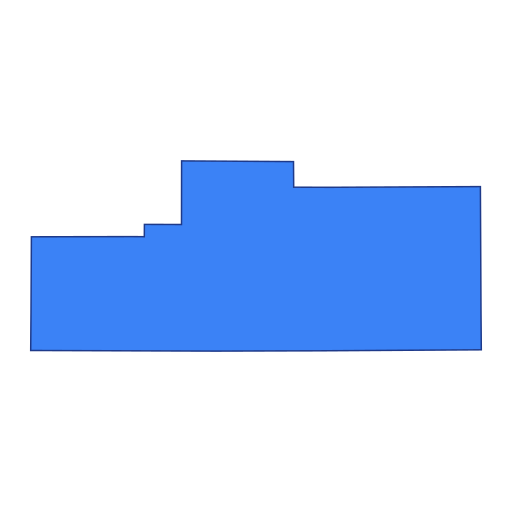 Grenada, Mississippi, United States of America (orthographic projection)
{"feature_id": "52423323B71852127868887", "entity_name": "Grenada", "entity_type": "district", "adm_level": 2, "iso_a3": "USA", "parent_name": "United States of America", "parent_adm1": "Mississippi", "projection": "orthographic", "projection_center": [-89.866, 33.787], "detail": "fine", "context": "isolated", "style": "filled", "palette": "blue", "viewbox_px": 512, "rotation_deg": 0, "n_neighbors": 0, "source": "geoboundaries", "source_scale": "gbopen_adm2", "svg_char_len": 356}
<svg xmlns="http://www.w3.org/2000/svg" viewBox="0 0 512 512"><path d="M181.6,160.9L181.5,224.5L144.4,224.4L144.3,236.7L131.7,236.6L31.4,236.8L31.0,312.1L30.7,350.5L37.3,350.5L215.7,351.1L281.1,350.9L318.6,350.8L481.3,349.8L481.0,311.8L480.4,186.6L330.6,187.3L293.7,187.2L293.5,161.6L181.6,160.9Z" fill="#3b82f6" stroke="#1e3a8a" stroke-width="1.5"/></svg>